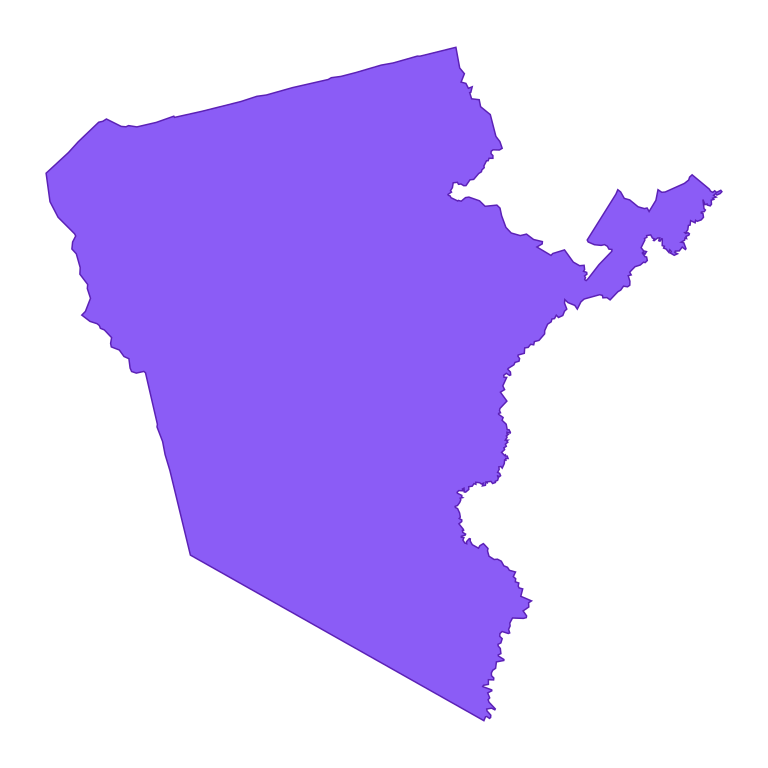 outline of Kilgoris, Rift Valley, Kenya
{"feature_id": "3690345B49962205101636", "entity_name": "Kilgoris", "entity_type": "district", "adm_level": 2, "iso_a3": "KEN", "parent_name": "Kenya", "parent_adm1": "Rift Valley", "projection": "orthographic", "projection_center": [35.018, -1.222], "detail": "fine", "context": "isolated", "style": "filled", "palette": "violet", "viewbox_px": 768, "rotation_deg": 0, "n_neighbors": 0, "source": "geoboundaries", "source_scale": "gbopen_adm2", "svg_char_len": 6088}
<svg xmlns="http://www.w3.org/2000/svg" viewBox="0 0 768 768"><path d="M46.1,173.2L50.0,201.7L58.1,217.3L74.6,233.8L75.7,236.0L72.6,242.0L71.9,249.0L76.3,253.8L80.2,267.6L79.9,274.2L87.7,284.5L87.3,288.5L90.5,298.3L85.4,311.4L81.8,315.1L90.0,321.4L97.1,323.7L99.3,325.5L100.4,328.3L104.3,329.9L111.6,337.6L110.6,343.4L111.3,346.9L119.3,350.0L124.0,356.5L128.9,358.7L130.1,368.1L131.6,371.5L136.3,373.1L143.9,371.4L145.5,372.8L157.4,424.3L157.0,426.9L162.6,441.5L165.1,454.6L169.9,470.5L190.4,555.1L483.9,720.7L485.5,716.8L486.8,716.5L489.5,718.4L490.6,717.5L490.8,715.2L487.0,710.9L486.7,709.0L491.6,708.2L494.8,709.8L495.3,708.9L489.0,702.2L488.1,699.7L489.7,697.9L487.7,692.9L491.8,690.8L491.7,689.9L482.7,686.6L483.5,685.3L488.4,684.4L488.4,679.7L493.6,679.9L493.8,678.0L491.5,675.7L491.4,672.9L492.7,670.3L495.6,668.3L496.4,661.9L503.8,660.5L503.9,659.5L498.4,656.0L498.2,654.9L500.9,653.6L500.3,648.4L498.2,646.0L498.0,644.3L500.9,642.9L502.2,638.7L499.7,636.3L499.9,633.6L502.1,631.5L508.3,633.5L509.7,632.9L508.6,629.3L510.1,626.0L509.8,623.1L512.5,618.0L523.5,618.4L526.3,617.6L526.6,615.9L523.1,610.9L528.8,607.0L528.6,602.8L531.5,600.9L520.8,596.3L522.7,588.9L519.1,587.9L518.2,586.1L518.8,583.0L515.3,581.8L515.7,578.7L513.3,576.7L515.5,572.0L509.4,570.3L507.5,567.3L503.8,565.8L501.3,561.2L497.5,559.2L494.1,559.5L489.0,556.2L487.5,550.9L488.0,548.5L484.1,544.3L483.3,543.6L479.9,545.7L478.5,548.2L472.3,544.7L470.2,541.0L470.3,538.9L469.3,538.6L466.5,541.7L466.7,543.7L464.8,543.0L462.9,540.1L463.9,537.6L461.3,537.3L461.3,536.3L465.3,535.0L465.6,534.1L462.7,532.4L462.4,530.5L463.6,530.4L463.4,529.4L458.9,523.8L461.7,521.6L461.8,519.9L459.2,518.5L460.3,517.1L459.6,513.0L457.6,508.6L455.4,507.5L455.1,506.4L457.5,505.5L459.7,502.5L460.8,499.8L460.2,498.2L462.6,497.6L461.7,497.1L461.8,495.4L457.4,493.2L457.1,492.3L458.7,490.6L462.9,490.8L462.4,489.0L464.0,488.2L464.3,492.0L465.7,492.1L468.8,489.5L468.7,486.7L472.2,486.2L474.0,483.6L475.9,484.3L475.8,482.3L479.6,482.7L481.4,484.0L483.4,483.2L482.4,485.9L485.4,485.3L486.0,482.0L487.2,482.7L487.1,481.9L491.0,481.4L492.6,483.5L495.4,482.5L495.2,481.4L497.6,480.3L498.3,478.0L497.3,475.3L498.9,477.0L500.6,475.7L499.6,473.3L497.6,472.4L499.2,469.4L498.8,466.9L500.9,466.5L502.2,468.1L504.3,463.6L504.6,459.9L505.9,460.2L505.7,458.4L508.1,458.5L507.2,456.1L505.5,456.0L505.4,454.9L504.6,455.4L501.6,452.4L504.6,449.6L503.9,447.8L506.3,446.3L505.4,444.2L507.8,442.2L506.7,440.8L507.7,440.2L505.3,440.1L507.1,437.2L506.3,436.0L508.3,434.4L507.0,433.8L507.0,432.2L510.1,433.1L510.4,432.3L509.0,429.7L507.2,429.7L506.2,424.2L502.1,420.3L503.1,417.5L498.6,414.3L498.6,413.4L500.5,412.8L499.5,410.6L499.9,408.5L506.9,401.1L500.4,392.2L504.6,389.6L502.8,385.9L506.7,377.4L504.0,377.2L503.7,375.3L506.3,373.3L509.6,375.4L510.7,374.9L510.4,372.0L507.7,369.2L508.2,368.4L513.9,364.8L515.0,362.4L519.0,361.2L519.6,358.6L517.9,356.2L518.2,355.0L524.3,353.3L524.7,347.9L528.2,347.4L530.6,344.3L533.7,344.8L534.4,341.6L539.0,340.4L544.6,333.9L544.7,330.7L547.6,324.2L551.2,321.8L551.9,319.0L554.5,318.6L556.3,315.2L558.5,317.5L562.8,315.5L564.5,311.2L566.8,309.1L564.5,303.1L564.8,299.6L568.0,302.6L574.8,305.4L577.3,309.1L580.9,301.9L584.2,299.0L599.7,294.7L602.4,295.4L602.9,297.8L607.0,297.6L610.1,299.9L617.9,291.7L620.7,290.1L623.5,286.2L627.6,286.8L629.8,285.2L629.9,281.2L628.2,275.7L631.2,274.9L629.7,272.2L635.0,266.7L640.3,265.0L643.5,262.2L645.2,262.6L647.3,260.5L646.6,257.0L645.0,256.7L642.3,253.0L643.1,252.1L645.0,254.1L646.5,251.6L643.7,250.9L641.1,247.7L644.9,240.0L644.5,238.5L646.9,237.3L646.6,235.6L650.7,234.9L652.4,238.0L654.4,238.9L653.4,240.3L654.1,240.7L657.6,238.0L659.7,237.9L658.7,240.7L660.0,241.2L661.5,238.7L662.3,238.9L662.2,245.6L664.4,246.3L663.6,248.1L666.0,249.0L668.9,252.4L669.8,249.8L671.3,251.5L670.3,253.0L674.2,255.3L677.5,253.8L674.9,252.5L675.3,251.1L679.3,250.9L682.2,247.1L685.4,249.5L686.0,248.7L683.8,242.8L681.1,242.2L684.6,240.2L685.0,238.1L686.6,238.6L686.0,236.4L688.9,235.1L689.4,233.8L688.0,232.7L685.6,233.4L684.8,232.6L685.9,232.5L687.8,229.7L688.4,225.4L690.1,225.1L690.6,220.6L695.1,222.8L695.6,220.3L697.2,221.3L701.2,219.9L703.5,217.3L703.0,213.7L701.2,213.0L701.3,212.1L704.3,211.6L705.4,210.0L704.0,208.6L702.9,199.5L705.0,204.6L707.1,204.0L707.2,205.0L710.2,205.9L711.5,204.2L711.2,200.2L713.8,199.4L712.7,198.2L716.2,197.1L713.6,195.4L715.6,193.6L716.9,195.0L720.1,193.6L721.9,191.7L720.8,190.3L716.6,192.4L714.7,190.8L712.8,192.3L710.6,191.2L709.3,189.1L692.1,174.8L689.6,177.1L688.7,180.0L684.4,183.4L665.2,192.0L661.8,192.3L658.0,189.7L655.9,200.3L649.1,211.5L647.1,208.0L644.4,208.6L638.1,206.8L629.7,199.9L624.3,198.4L620.6,191.9L617.8,189.7L615.9,194.2L587.2,240.0L588.2,242.0L594.4,244.7L601.2,245.4L604.5,244.6L607.4,246.3L608.9,249.1L611.9,249.5L611.8,251.3L599.0,264.6L588.1,278.7L586.2,280.6L585.3,280.2L584.7,279.2L585.5,277.7L584.5,276.0L586.9,274.2L586.7,272.4L583.5,271.3L584.6,269.5L584.1,265.3L579.6,265.7L573.3,262.1L564.5,249.9L552.8,253.5L551.0,255.4L536.9,247.0L542.2,243.9L542.4,241.6L533.6,239.5L526.5,234.1L520.3,235.6L511.2,233.0L505.9,227.4L501.6,215.7L500.0,208.1L496.9,205.1L485.1,206.3L479.5,200.8L468.9,197.1L465.5,197.6L461.2,201.2L458.3,200.4L457.8,201.0L451.0,197.7L450.0,195.8L448.4,195.4L448.0,194.4L451.5,192.1L450.5,190.7L452.4,187.7L453.2,182.8L457.4,182.3L458.5,184.3L461.0,184.0L463.8,185.7L466.0,185.6L470.0,179.8L473.7,179.4L478.7,173.5L481.4,171.8L481.9,169.9L484.2,167.7L483.9,165.9L486.5,160.8L488.2,160.7L489.0,158.3L492.9,158.3L492.9,155.6L491.0,153.6L491.2,151.2L493.1,149.8L499.4,150.0L502.2,148.3L499.9,141.6L495.9,136.4L490.3,114.6L480.6,106.7L479.2,99.7L471.6,98.8L469.7,92.6L470.8,92.4L472.2,86.8L468.4,88.3L465.9,83.4L461.1,82.1L464.4,73.7L459.7,68.0L455.9,47.3L419.9,56.2L417.3,56.1L393.0,63.0L381.2,65.1L355.3,72.7L341.0,76.4L331.3,77.7L328.2,79.5L292.6,87.6L266.4,95.0L256.9,96.3L241.0,101.5L201.5,111.4L174.5,117.4L173.8,116.2L156.3,122.4L136.9,126.9L128.5,125.6L126.0,126.8L121.2,126.4L106.4,119.0L102.8,121.3L98.7,122.2L78.3,141.7L68.5,152.5L46.1,173.2Z" fill="#8b5cf6" stroke="#5b21b6" stroke-width="1.5"/></svg>